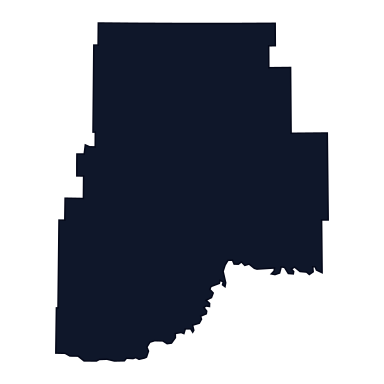 Valley, Montana, United States of America
{"feature_id": "52423323B15703516824983", "entity_name": "Valley", "entity_type": "district", "adm_level": 2, "iso_a3": "USA", "parent_name": "United States of America", "parent_adm1": "Montana", "projection": "orthographic", "projection_center": [-106.597, 48.331], "detail": "fine", "context": "isolated", "style": "filled", "palette": "ink", "viewbox_px": 384, "rotation_deg": 0, "n_neighbors": 0, "source": "geoboundaries", "source_scale": "gbopen_adm2", "svg_char_len": 1509}
<svg xmlns="http://www.w3.org/2000/svg" viewBox="0 0 384 384"><path d="M225.0,286.7L225.7,282.8L223.1,271.3L225.1,265.1L228.0,260.3L232.5,260.2L234.1,264.1L238.5,264.2L241.4,261.9L244.8,265.4L249.1,264.1L254.3,268.3L256.9,269.1L274.5,268.0L274.1,271.0L271.3,273.9L275.0,274.6L279.6,273.0L281.2,266.9L284.5,267.4L288.3,273.5L293.3,273.9L293.7,271.5L291.4,269.0L294.6,267.1L300.0,271.5L306.6,272.1L309.3,274.5L313.2,271.8L312.7,266.8L315.2,266.8L316.4,270.0L322.1,272.7L321.7,229.2L321.6,220.0L328.2,220.0L327.3,133.0L291.1,133.3L290.6,67.5L268.8,67.7L268.7,45.8L275.3,45.7L275.2,23.3L253.1,23.4L231.1,23.5L215.2,23.5L184.8,23.5L134.3,23.3L98.3,23.0L98.1,45.1L93.8,45.1L93.0,132.1L95.3,132.1L95.2,146.9L89.6,146.8L85.3,144.9L84.2,154.0L76.9,154.0L76.8,164.3L76.8,175.9L83.6,176.0L83.4,198.5L65.1,198.2L64.8,220.2L59.0,220.1L58.0,307.9L56.4,307.9L55.8,353.1L65.1,353.3L69.9,356.0L78.0,356.1L84.0,360.9L96.5,361.0L99.3,359.5L106.9,359.2L114.3,361.0L124.4,360.8L126.5,358.2L133.0,358.6L135.8,357.6L139.0,359.3L144.6,358.0L146.5,357.1L148.5,351.1L146.9,347.1L149.9,342.2L154.6,340.7L162.8,340.9L167.1,343.7L171.5,343.1L175.4,337.7L175.3,333.5L181.2,332.5L183.9,333.6L185.3,328.9L190.6,328.8L192.7,332.2L193.8,330.3L192.6,325.2L199.3,323.2L201.5,319.2L200.6,316.2L206.3,313.8L206.7,311.1L203.9,307.5L206.1,306.0L209.5,306.5L209.6,303.4L206.1,300.3L211.5,297.5L213.2,293.0L209.8,289.4L211.0,286.5L219.3,283.4L220.1,280.3L223.3,281.9L222.5,284.8L225.0,286.7Z" fill="#0f172a" stroke="#020617" stroke-width="1.5"/></svg>